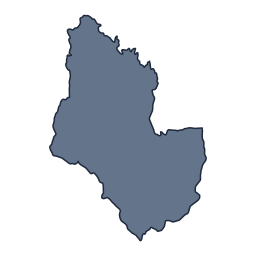 SVG path tracing the border of Sakon Nakhon
{"feature_id": "THA-447", "entity_name": "Sakon Nakhon", "entity_type": "Province", "adm_level": 1, "iso_a3": "THA", "parent_name": "Thailand", "parent_adm1": "", "projection": "equal_earth", "projection_center": [103.778, 17.422], "detail": "fine", "context": "isolated", "style": "filled", "palette": "slate", "viewbox_px": 256, "rotation_deg": 0, "n_neighbors": 0, "source": "natural_earth", "source_scale": "10m", "svg_char_len": 5693}
<svg xmlns="http://www.w3.org/2000/svg" viewBox="0 0 256 256"><path d="M72.5,30.0L72.9,30.0L73.4,29.7L74.1,28.8L75.1,28.0L76.6,28.0L77.1,27.8L77.7,27.3L78.7,26.1L79.7,24.7L80.4,23.1L80.4,21.9L80.0,19.0L80.2,18.5L80.5,18.1L82.1,17.3L82.6,16.9L83.5,15.7L83.9,15.5L84.3,15.4L85.6,15.7L87.4,15.6L88.4,15.8L91.0,17.5L91.6,18.1L91.8,18.5L92.2,18.8L92.7,19.1L93.7,19.0L94.2,19.2L94.6,19.6L97.0,23.5L97.3,23.8L97.8,24.1L100.0,24.4L100.5,24.7L100.7,25.0L100.9,25.3L100.8,25.7L100.1,26.2L99.0,26.6L98.5,27.0L98.3,28.0L98.6,30.4L98.7,31.0L99.0,31.5L100.5,32.7L101.1,33.0L102.6,33.0L103.3,33.2L103.7,33.6L103.8,34.7L104.1,35.2L104.7,35.6L106.4,35.8L107.2,36.1L107.8,36.4L108.4,37.1L109.6,37.6L110.2,38.2L111.2,39.7L112.4,41.0L113.3,41.7L114.2,42.1L114.6,42.0L114.8,41.6L115.1,39.2L115.3,38.1L115.6,37.5L116.0,36.9L116.7,36.2L117.1,36.3L117.2,36.7L116.8,38.3L116.9,38.9L117.3,39.4L118.4,39.9L118.7,40.5L118.9,41.0L118.6,42.0L118.5,42.6L118.6,43.2L119.1,45.1L119.0,45.6L118.8,46.0L117.4,47.0L117.1,47.3L116.9,47.8L116.9,48.9L117.3,49.8L117.8,50.5L120.2,53.3L121.4,54.0L122.1,54.1L122.6,54.0L122.7,53.6L122.7,53.1L121.9,51.4L121.8,50.9L121.8,50.3L122.4,49.7L123.3,49.7L125.9,50.2L126.6,50.2L127.3,49.8L128.7,48.5L129.1,48.5L129.4,48.7L129.7,49.1L129.9,50.3L130.1,50.9L130.6,51.5L131.0,51.6L131.3,51.4L131.9,50.1L132.3,49.6L133.0,49.1L134.2,48.5L134.9,48.4L135.4,48.6L135.5,49.0L134.9,50.8L134.6,52.6L134.7,53.7L135.2,54.3L135.6,54.3L136.6,53.2L137.2,52.7L137.6,52.8L137.8,53.1L138.0,54.3L137.9,55.5L137.5,57.7L137.6,58.9L137.7,59.4L138.2,60.2L139.5,61.3L139.7,61.7L139.7,63.5L140.1,64.1L140.8,64.6L142.5,65.3L143.2,65.9L143.7,66.5L144.1,67.2L144.4,67.2L144.6,67.0L145.6,65.5L147.2,64.7L147.4,64.2L147.6,62.5L149.5,61.4L150.2,64.2L150.4,67.2L150.8,68.5L151.1,69.3L151.5,69.4L151.9,69.2L152.7,68.8L153.0,68.7L153.3,68.9L154.4,70.4L154.7,71.8L154.9,72.8L155.2,73.0L156.0,72.9L156.4,73.4L156.7,74.4L157.0,76.6L157.4,77.7L157.5,78.6L157.5,79.4L157.0,80.5L156.9,81.3L157.2,82.0L157.7,82.4L158.0,82.8L158.1,83.5L156.2,88.1L155.7,88.7L155.3,89.2L154.4,89.6L152.8,89.8L152.4,90.1L152.2,90.6L152.2,91.3L153.1,95.1L153.4,95.6L153.9,96.4L154.4,97.5L154.5,98.1L154.5,99.1L154.2,100.2L153.4,102.6L152.9,104.4L152.7,107.2L152.7,108.6L152.4,110.8L149.7,117.2L149.4,118.4L149.5,119.6L153.7,129.8L154.1,131.8L154.4,132.6L154.8,133.3L155.8,134.2L157.5,134.6L158.7,135.5L159.7,135.7L160.2,135.6L160.6,135.2L160.9,134.8L160.9,134.2L160.6,132.5L160.6,132.1L160.9,131.8L161.3,131.9L162.1,132.4L163.4,133.8L164.2,134.4L164.8,134.7L165.7,134.8L166.0,134.5L166.3,134.1L167.1,131.7L167.5,130.7L168.2,130.0L168.7,129.8L169.2,129.7L172.6,130.2L175.0,130.2L177.6,130.7L178.1,130.7L179.5,130.2L182.8,129.8L184.5,128.7L185.0,128.6L186.7,128.4L188.6,127.9L190.3,127.8L194.9,128.4L201.7,128.0L202.1,128.0L202.3,129.1L202.4,131.0L202.2,135.7L202.5,139.1L203.5,141.0L203.8,142.1L203.9,143.0L203.8,145.7L203.8,146.6L204.0,147.4L204.5,148.4L204.7,149.7L204.6,153.0L204.6,153.8L205.0,155.0L205.9,157.0L206.2,158.5L205.7,160.4L204.5,162.1L203.8,163.1L203.0,164.4L202.5,165.4L201.0,170.9L200.4,175.8L200.5,179.0L200.4,179.8L200.0,180.7L198.1,183.0L196.9,184.7L196.2,185.3L195.8,186.1L195.4,187.3L195.2,190.2L195.4,191.4L195.7,192.2L197.3,193.1L199.7,195.3L199.7,195.8L199.6,198.0L198.2,200.1L190.5,206.0L189.8,207.5L188.7,211.4L187.8,213.3L187.0,213.9L186.0,214.2L184.3,215.4L179.4,220.1L173.9,221.8L172.1,221.8L170.2,220.8L169.1,220.6L166.7,220.5L166.1,220.7L165.6,221.3L165.0,222.8L164.6,225.5L164.1,226.8L162.8,228.8L161.4,230.4L157.7,231.3L155.7,229.4L153.2,228.4L151.9,227.5L151.2,227.4L150.7,227.6L149.6,229.4L148.4,230.2L147.1,230.8L146.0,231.8L145.3,233.5L144.9,234.1L144.3,234.1L143.6,233.9L143.1,234.0L142.7,234.4L142.4,235.6L141.6,239.3L141.0,240.4L140.5,240.6L140.0,240.5L138.9,238.7L137.3,236.9L136.0,235.2L132.1,233.0L128.0,229.3L127.5,228.4L126.9,226.0L126.4,225.0L125.2,223.7L121.8,221.3L121.4,220.9L120.6,219.5L120.2,218.5L119.7,216.7L119.5,214.7L119.7,213.4L120.2,211.7L120.3,211.0L120.3,210.3L119.9,209.6L119.1,208.7L115.7,205.8L114.6,204.4L112.0,202.0L110.8,200.4L109.0,198.6L107.9,197.9L107.1,197.6L106.1,197.9L104.4,198.5L103.3,198.6L102.6,198.4L102.1,198.1L101.8,197.6L101.7,197.1L101.9,195.8L102.5,194.2L103.4,193.5L103.3,186.0L103.0,184.2L102.6,183.1L102.2,182.9L101.1,182.7L100.4,182.3L99.6,181.6L97.8,177.5L96.5,175.6L94.7,173.6L94.0,173.1L93.4,172.9L92.4,173.2L91.6,173.7L90.9,173.5L90.0,172.8L86.6,168.7L85.1,167.4L81.1,165.0L79.6,163.8L78.9,163.0L78.2,161.6L77.2,162.7L76.6,163.4L75.9,163.8L75.0,164.1L74.1,164.1L72.4,163.5L71.1,163.8L70.2,163.8L69.3,163.5L61.8,157.9L59.4,157.2L57.8,156.5L56.9,156.2L53.9,155.7L53.3,155.4L52.9,155.0L52.2,153.1L50.6,150.2L49.9,147.9L49.8,147.2L49.9,146.6L50.4,145.8L51.3,144.8L51.8,144.1L52.3,141.8L53.2,139.4L53.6,137.9L53.9,136.9L54.4,136.2L55.4,135.2L55.8,134.5L55.9,133.7L55.7,133.1L53.8,129.2L53.3,127.5L53.0,126.5L53.0,125.7L53.2,124.6L53.9,122.6L54.2,120.9L54.4,117.7L55.2,115.9L55.6,114.1L55.8,113.7L57.5,111.8L57.7,111.3L58.7,107.0L58.9,106.6L60.0,105.2L60.6,102.4L61.4,100.7L62.3,99.7L63.1,99.3L63.9,99.3L65.1,99.7L66.0,99.5L66.3,99.3L67.1,98.2L67.8,97.6L68.6,97.4L69.4,97.3L69.6,96.9L69.4,95.3L69.4,92.9L69.3,88.9L69.6,85.6L69.3,82.0L69.4,80.9L70.3,77.1L70.3,74.8L70.0,72.4L69.5,70.3L69.1,70.2L68.7,70.2L68.1,69.7L67.3,68.8L66.1,66.2L65.8,65.0L65.7,64.1L66.5,62.9L66.7,59.0L67.2,57.7L67.1,56.4L67.2,55.8L67.4,55.4L68.0,55.0L68.3,55.1L68.8,55.8L69.1,56.0L71.2,55.3L71.3,55.0L71.1,54.7L69.5,53.7L69.3,53.2L69.3,52.6L69.5,52.1L69.9,50.0L70.9,47.6L70.8,45.1L69.8,43.2L69.0,40.8L68.9,39.7L69.0,39.0L69.8,38.5L70.2,38.1L70.2,37.7L69.8,36.4L68.5,34.3L67.6,32.0L67.4,30.9L67.5,30.2L68.5,29.3L69.9,29.1L71.3,29.4L72.5,30.0Z" fill="#64748b" stroke="#1e293b" stroke-width="1.5"/></svg>